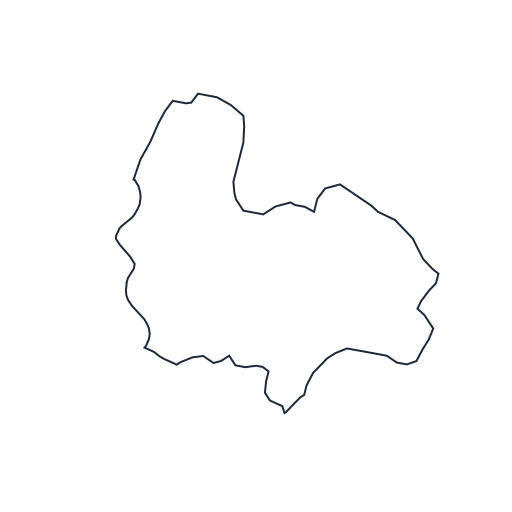 the district of Songchon, P'yŏngan-namdo, North Korea, rotated 57°
{"feature_id": "82179303B38365888495896", "entity_name": "Songchon", "entity_type": "district", "adm_level": 2, "iso_a3": "PRK", "parent_name": "North Korea", "parent_adm1": "P'yŏngan-namdo", "projection": "albers", "projection_center": [126.243, 39.3], "detail": "fine", "context": "isolated", "style": "outline", "palette": "slate", "viewbox_px": 512, "rotation_deg": 57, "n_neighbors": 0, "source": "geoboundaries", "source_scale": "gbopen_adm2", "svg_char_len": 1539}
<svg xmlns="http://www.w3.org/2000/svg" viewBox="0 0 512 512"><g transform="rotate(57 256 256)"><path d="M403.2,317.6L403.2,315.7L400.9,305.9L398.7,296.1L398.7,291.2L391.9,283.9L385.1,271.7L382.9,261.9L380.6,252.1L380.7,242.3L383.1,230.1L390.0,222.7L401.5,210.5L410.8,200.7L422.2,195.8L429.1,188.5L431.5,178.7L424.7,166.5L420.2,156.7L413.4,146.9L404.2,146.9L397.3,146.9L388.2,149.3L383.7,142.0L379.2,129.7L376.9,119.9L370.1,112.6L368.7,113.1L363.2,115.0L349.5,117.5L326.6,115.0L301.5,119.8L285.4,129.6L276.2,132.0L264.7,136.9L253.2,141.7L241.7,146.6L237.0,161.3L241.5,173.5L250.6,183.3L241.4,188.2L234.5,195.5L229.9,197.9L225.1,212.6L225.0,227.3L211.1,241.9L197.4,241.9L190.5,239.4L181.4,234.5L172.3,224.6L165.5,217.3L154.2,205.0L140.6,195.1L131.5,190.2L115.4,195.0L101.6,202.3L88.3,216.2L92.1,226.7L89.8,231.6L80.5,241.3L85.0,253.6L91.7,265.8L103.0,283.0L112.0,300.2L125.2,317.0L125.8,316.3L133.2,316.5L139.1,318.3L143.6,320.6L147.3,323.7L149.3,325.4L152.0,329.5L155.1,335.5L156.3,339.3L157.8,353.2L158.6,355.5L163.1,362.8L165.3,364.1L172.7,364.1L188.0,361.9L196.6,362.1L200.1,365.4L204.8,375.5L207.7,378.8L214.4,384.1L218.3,386.1L222.8,387.2L230.0,387.2L248.3,384.1L253.7,384.4L257.9,385.1L263.3,387.4L267.3,391.0L271.4,397.0L272.1,399.4L280.9,393.8L287.9,391.4L292.5,389.0L304.0,381.6L304.0,376.8L306.4,364.5L311.1,354.7L322.6,349.9L325.0,342.5L325.0,332.8L336.5,332.8L343.5,325.4L348.1,315.7L352.7,310.8L359.6,308.3L366.5,315.7L375.6,323.0L384.8,323.0L396.3,315.7L403.2,317.6Z" fill="none" stroke="#1e293b" stroke-width="2"/></g></svg>